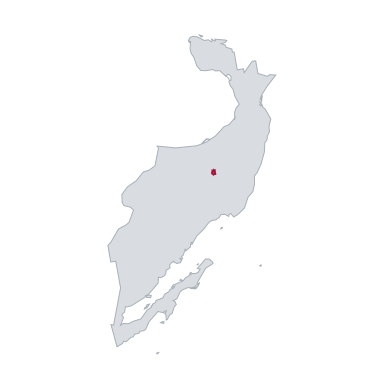 San Diego de la Unión, Guanajuato, Mexico (highlighted), rotated 260°
{"feature_id": "50627088B13411360723514", "entity_name": "San Diego de la Unión", "entity_type": "district", "adm_level": 2, "iso_a3": "MEX", "parent_name": "Mexico", "parent_adm1": "Guanajuato", "projection": "robinson", "projection_center": [-100.814, 21.457], "detail": "fine", "context": "in_parent", "style": "filled", "palette": "rose", "viewbox_px": 384, "rotation_deg": 260, "n_neighbors": 0, "source": "geoboundaries", "source_scale": "gbopen_adm2", "svg_char_len": 4789}
<svg xmlns="http://www.w3.org/2000/svg" viewBox="0 0 384 384"><g transform="rotate(260 192 192)"><path d="M52.6,91.3L75.5,89.2L74.4,91.6L110.0,105.0L137.0,104.9L137.2,99.8L153.9,99.9L156.8,103.5L168.4,113.3L171.1,121.6L173.2,124.8L184.2,131.2L187.7,128.8L190.4,122.7L193.7,121.4L201.7,122.5L208.2,129.2L212.7,138.9L220.3,147.7L220.8,153.2L224.2,160.1L241.0,166.6L243.3,165.6L238.3,183.4L236.7,204.7L237.5,209.2L241.9,215.4L241.0,218.7L241.3,215.3L237.6,210.1L238.8,214.9L243.2,225.0L250.5,234.5L252.1,240.5L257.2,246.6L255.8,246.4L258.7,247.9L257.8,247.0L263.1,247.8L266.9,249.9L270.2,253.8L279.1,250.8L285.7,250.4L290.0,248.1L294.6,247.6L295.6,248.5L295.2,249.7L299.0,250.5L301.5,248.6L300.8,245.5L299.6,246.3L299.9,245.6L306.7,240.4L307.1,236.1L309.0,233.7L309.0,226.8L310.2,221.7L315.3,218.7L324.5,217.1L328.5,215.3L333.0,214.9L340.4,216.7L341.0,215.6L339.1,215.5L341.6,214.7L344.6,217.0L345.2,220.1L343.8,224.2L339.1,230.5L339.0,234.6L336.6,237.2L337.0,238.1L339.2,237.8L336.9,240.4L337.0,241.5L338.5,241.1L335.7,251.7L335.0,252.6L333.4,250.2L333.0,246.3L330.9,250.4L328.6,250.7L325.9,256.1L322.7,256.0L322.5,257.8L304.4,257.8L304.5,264.2L300.4,264.1L310.3,273.9L310.1,277.5L297.3,277.5L292.8,286.5L294.1,288.8L292.6,294.8L283.3,284.6L275.8,277.7L271.3,275.1L270.8,275.8L275.0,278.1L268.4,276.0L268.9,274.4L267.1,275.1L266.1,273.6L264.9,275.2L267.1,276.0L263.8,276.3L260.5,278.6L250.2,282.3L243.5,279.3L237.9,278.7L234.1,276.0L230.3,274.9L227.9,272.3L218.8,270.2L207.3,264.7L199.9,259.6L196.8,256.2L189.1,255.0L181.8,252.0L177.2,246.3L167.1,240.9L161.9,233.3L160.1,228.7L164.1,226.5L163.4,224.6L161.6,223.9L164.4,220.4L164.7,216.2L162.5,214.8L160.4,210.6L160.5,206.7L159.1,203.3L153.2,196.9L148.0,189.2L140.0,182.5L142.3,183.7L142.5,182.3L138.2,180.9L135.1,175.6L137.3,175.7L131.1,172.2L130.3,170.4L127.9,171.1L127.5,170.3L129.3,168.2L126.3,169.8L124.5,168.3L124.2,164.8L126.4,161.7L127.2,162.3L125.7,159.2L123.8,157.2L121.1,157.2L119.4,153.0L116.2,152.0L114.3,150.2L113.0,146.5L113.9,144.1L108.2,142.9L98.5,131.0L98.0,128.2L96.5,127.3L90.5,112.6L90.1,108.1L90.8,106.6L85.4,104.7L84.2,102.3L82.4,101.5L80.4,102.9L73.1,98.4L74.4,101.3L73.3,106.9L74.8,111.3L75.9,119.7L83.3,127.1L85.6,132.1L86.8,131.9L87.3,133.4L88.4,133.5L89.4,136.8L91.5,137.8L92.6,144.5L96.5,148.0L97.7,151.8L99.5,153.0L100.7,157.5L102.3,158.6L101.4,155.2L103.6,157.2L106.0,167.6L108.4,170.5L111.7,178.0L111.1,181.1L111.8,184.0L114.6,186.7L115.7,183.9L123.7,193.7L123.0,197.3L119.7,200.0L117.9,200.3L114.6,192.3L101.9,181.5L100.7,181.7L98.2,178.3L97.7,176.0L98.5,171.0L97.5,166.2L95.6,162.8L89.5,158.6L88.3,154.5L87.1,156.2L83.9,157.0L81.7,154.3L75.9,151.4L75.1,149.0L70.8,145.6L70.4,144.4L74.9,145.0L77.5,144.0L77.5,145.1L79.7,146.2L78.9,143.5L77.9,143.3L80.2,137.7L71.9,127.3L65.0,122.7L63.8,120.4L63.9,116.5L62.2,115.3L61.8,110.8L59.7,109.0L59.4,106.3L56.5,102.2L56.0,100.3L57.0,99.0L55.0,97.3L52.6,91.3ZM98.1,131.2L97.3,133.9L95.1,133.0L96.1,128.9L97.4,128.5L98.1,131.2ZM89.0,130.7L85.8,127.8L85.0,124.8L86.6,125.8L87.0,127.4L88.6,127.8L89.0,130.7ZM343.8,229.6L343.0,228.7L343.4,227.5L345.4,226.5L343.8,229.6ZM98.3,181.6L96.0,178.9L97.4,173.3L97.0,178.3L98.3,181.6ZM69.2,141.8L67.5,141.4L68.7,138.4L69.5,140.6L69.2,141.8ZM40.0,131.9L38.6,130.0L38.9,129.1L39.4,129.2L40.0,131.9ZM100.2,181.7L101.6,183.9L98.7,181.8L100.2,181.7ZM152.0,214.8L151.7,215.8L151.0,215.4L150.7,213.9L152.0,214.8ZM112.6,176.0L113.1,177.7L111.6,175.6L112.6,176.0ZM107.1,164.7L108.0,165.5L106.7,167.0L107.1,164.7ZM108.3,247.3L107.7,247.5L106.9,246.9L107.6,245.9L108.3,247.3ZM297.8,247.6L296.2,248.1L298.9,247.1L297.8,247.6ZM120.2,185.7L119.4,185.5L119.3,183.9L120.2,185.7Z" fill="#d9dde1" stroke="#a8b0b8" stroke-width="1"/><path d="M205.5,218.1L205.8,218.0L205.8,217.9L206.0,217.9L206.0,218.0L206.2,218.3L206.3,218.3L206.5,218.3L206.5,218.2L206.6,217.9L206.8,217.9L206.8,218.0L207.0,218.1L207.3,218.0L207.5,218.1L207.8,218.1L208.0,218.1L208.3,218.1L208.4,218.3L208.5,218.4L208.8,218.3L208.9,218.2L208.9,218.3L209.0,218.3L209.0,218.2L208.9,218.0L208.9,217.9L209.0,217.8L208.9,217.8L208.9,217.7L209.0,217.6L209.4,218.0L209.4,217.9L209.5,217.8L209.7,218.0L209.8,217.8L209.7,217.8L209.7,217.7L209.8,217.6L209.7,217.6L209.8,217.3L209.7,217.3L209.7,217.2L209.6,217.3L209.6,217.2L209.6,217.3L209.4,217.2L209.2,217.3L209.0,217.2L208.8,217.0L208.9,216.9L208.8,216.7L208.7,216.6L208.8,216.6L208.8,216.4L208.8,216.2L208.8,215.9L208.5,216.0L208.4,216.0L208.4,215.9L208.5,215.9L208.8,215.7L208.5,215.7L208.4,215.5L208.4,215.4L208.3,215.2L208.2,215.2L207.9,215.0L207.7,215.0L207.7,214.9L207.3,214.8L207.1,215.0L206.5,215.0L206.5,215.4L206.2,215.6L205.8,215.7L205.8,216.2L205.6,216.2L205.7,216.3L205.5,216.7L205.6,216.8L205.6,217.0L205.5,217.4L205.5,217.5L205.5,217.8L205.5,218.0L205.5,218.1Z" fill="#f43f5e" stroke="#9f1239" stroke-width="1.5"/></g></svg>